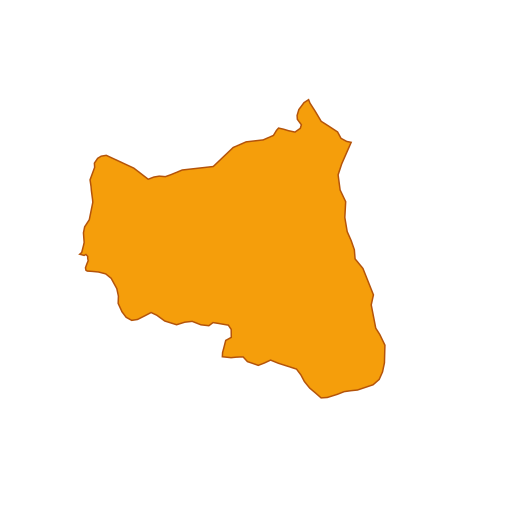 Boda, Lobaye, Central African Republic (Albers equal-area conic projection), rotated 233°
{"feature_id": "33826404B82101327169951", "entity_name": "Boda", "entity_type": "district", "adm_level": 2, "iso_a3": "CAF", "parent_name": "Central African Republic", "parent_adm1": "Lobaye", "projection": "albers", "projection_center": [17.344, 4.053], "detail": "fine", "context": "isolated", "style": "filled", "palette": "amber", "viewbox_px": 512, "rotation_deg": 233, "n_neighbors": 0, "source": "geoboundaries", "source_scale": "gbopen_adm2", "svg_char_len": 1722}
<svg xmlns="http://www.w3.org/2000/svg" viewBox="0 0 512 512"><g transform="rotate(233 256 256)"><path d="M363.5,116.3L359.9,119.1L359.6,121.1L357.0,121.4L355.6,120.3L353.2,119.1L351.5,116.2L349.2,112.7L346.9,111.6L345.5,112.2L342.3,115.9L338.0,120.6L332.2,125.2L325.3,126.9L313.7,125.2L306.8,122.0L301.1,117.4L292.1,115.4L285.2,115.4L279.4,118.0L276.6,123.2L275.1,131.5L274.0,138.2L268.5,141.1L259.0,144.0L248.9,151.2L246.0,159.3L242.2,165.7L234.2,170.6L228.7,176.4L228.7,181.6L224.9,185.3L217.4,192.3L212.3,192.0L205.9,187.3L206.8,181.0L201.9,174.9L199.0,171.2L195.8,168.5L189.8,174.9L187.2,179.2L184.6,183.0L183.1,185.0L176.8,185.6L173.0,188.2L167.3,192.0L165.5,198.3L164.1,205.0L156.9,209.3L141.3,220.3L134.1,220.3L126.6,219.1L118.2,219.4L110.7,221.1L103.5,222.6L100.1,227.8L96.6,237.6L94.6,244.8L91.4,250.6L87.9,256.4L84.8,265.7L82.7,272.0L83.3,280.1L87.3,287.3L93.4,294.3L103.2,302.1L107.2,305.3L118.8,307.6L126.3,308.2L147.6,318.6L154.3,326.4L181.7,333.9L194.1,333.4L201.8,338.3L210.8,341.2L220.6,343.5L233.3,350.1L245.4,360.3L258.1,362.9L271.4,370.4L278.0,379.9L289.5,400.4L292.9,397.4L298.8,394.7L306.0,395.8L315.8,392.3L324.3,389.1L336.3,390.4L345.7,391.1L349.2,392.1L349.6,386.7L347.2,378.4L343.5,373.4L340.3,371.3L333.5,371.2L331.3,368.2L331.5,361.7L336.6,357.3L340.7,354.3L344.6,351.0L344.0,348.0L341.8,342.5L344.4,331.6L353.1,316.8L356.4,303.1L353.2,275.7L369.1,248.8L372.1,237.2L373.9,231.4L378.0,226.8L380.5,222.0L382.2,216.1L399.7,211.3L426.5,197.0L428.9,192.4L429.3,188.3L427.4,182.8L423.9,180.5L416.7,169.3L410.8,166.1L407.3,163.9L399.7,159.6L397.1,158.0L385.3,144.7L382.4,136.7L378.3,132.1L370.2,126.9L368.0,124.3L363.7,118.9L363.5,116.3Z" fill="#f59e0b" stroke="#b45309" stroke-width="1.5"/></g></svg>